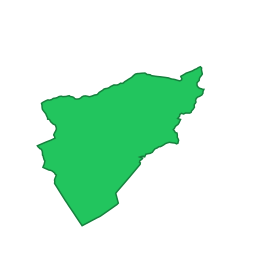 outline of Santana do Acaraú, Ceará, Brazil, rotated 241°
{"feature_id": "56859067B27753760045626", "entity_name": "Santana do Acaraú", "entity_type": "district", "adm_level": 2, "iso_a3": "BRA", "parent_name": "Brazil", "parent_adm1": "Ceará", "projection": "equal_earth", "projection_center": [-40.133, -3.498], "detail": "fine", "context": "isolated", "style": "filled", "palette": "green", "viewbox_px": 256, "rotation_deg": 241, "n_neighbors": 0, "source": "geoboundaries", "source_scale": "gbopen_adm2", "svg_char_len": 3094}
<svg xmlns="http://www.w3.org/2000/svg" viewBox="0 0 256 256"><g transform="rotate(241 128 128)"><path d="M191.5,64.3L189.6,63.8L188.4,63.2L187.3,62.7L185.8,62.2L184.0,62.4L182.1,62.7L180.3,63.0L178.9,62.8L177.5,62.7L175.9,62.6L174.7,62.0L173.9,63.1L172.8,63.5L171.0,63.4L169.5,63.9L167.7,64.5L166.0,65.8L164.4,65.7L163.1,65.4L161.7,64.8L160.5,63.3L159.2,61.2L157.9,59.6L156.4,59.7L154.5,59.2L154.8,54.3L155.5,49.2L156.4,40.1L155.2,40.2L154.1,40.6L152.7,40.9L151.7,41.7L150.5,41.9L148.8,41.6L146.9,40.7L145.8,40.1L144.6,40.2L143.4,39.8L142.1,39.5L140.8,39.2L139.5,39.4L138.3,38.3L136.8,37.0L135.8,35.6L134.8,34.5L129.5,38.5L128.6,39.7L127.1,40.9L125.6,41.5L124.4,42.0L123.0,41.9L121.6,42.5L120.5,41.2L119.2,39.6L118.1,38.5L116.7,38.0L115.1,36.9L94.9,38.0L91.9,38.3L88.6,38.5L79.7,39.3L76.7,39.5L70.5,40.0L64.8,40.5L64.5,57.2L64.3,60.3L64.4,62.2L66.4,81.1L67.0,83.1L76.8,85.6L77.8,87.8L82.0,99.2L84.9,106.9L90.3,120.9L91.5,121.9L92.5,121.4L93.7,122.6L93.9,124.9L94.6,126.3L95.7,125.2L96.9,124.2L96.5,126.3L95.9,127.8L94.7,128.6L96.4,130.9L96.0,132.4L95.6,133.7L95.1,135.0L95.0,137.5L96.0,139.6L96.7,141.5L96.4,144.1L96.7,145.8L96.0,147.3L95.9,149.1L96.0,151.5L96.2,153.4L95.9,155.2L95.4,157.3L94.5,158.4L93.5,159.7L92.1,161.7L90.6,162.8L90.5,164.3L91.7,165.3L92.6,166.2L93.6,166.5L96.0,166.6L97.9,167.7L99.8,168.4L101.1,167.2L102.7,167.2L104.6,166.8L105.3,168.6L106.2,169.8L106.7,171.3L106.9,173.4L107.8,175.1L109.1,176.8L110.0,178.1L112.2,176.0L113.3,178.8L114.8,180.0L114.9,181.9L113.3,183.4L113.2,185.6L112.2,187.3L111.1,189.3L111.1,190.8L112.2,192.0L112.8,194.0L114.0,196.2L115.4,196.7L116.6,197.6L117.0,198.9L117.7,200.0L119.4,200.5L120.7,201.9L121.3,203.8L121.0,206.0L121.1,208.6L122.1,210.4L123.6,211.3L125.0,213.1L125.6,212.1L126.8,211.1L128.2,209.7L130.3,209.0L131.8,209.0L132.9,209.6L134.1,210.3L134.6,211.7L135.0,213.2L136.6,214.4L137.4,215.4L138.5,218.0L139.2,219.2L140.5,219.6L142.2,220.1L143.6,220.6L144.8,221.5L146.5,221.0L146.7,218.6L146.5,216.8L146.8,214.7L146.7,212.1L147.0,210.2L147.4,207.6L147.8,205.5L147.7,204.0L147.6,201.5L147.6,199.2L146.3,199.0L145.1,199.1L144.1,198.2L144.1,196.1L146.3,193.8L147.2,193.0L148.3,191.8L149.0,190.8L149.9,189.7L151.1,188.6L152.1,187.8L154.1,185.2L157.1,181.1L158.7,178.8L160.0,177.0L160.8,176.0L162.3,174.0L163.8,173.2L164.9,171.7L165.7,170.4L166.8,170.1L167.8,169.5L168.8,167.5L169.5,166.0L170.2,164.3L171.0,162.7L171.6,160.6L171.2,158.2L170.6,156.2L170.4,154.3L170.4,152.5L170.2,149.8L170.1,147.4L169.6,145.8L169.9,144.4L170.8,143.2L170.6,141.1L170.8,139.5L171.6,138.0L172.5,136.5L172.6,134.6L172.7,132.8L172.4,130.9L172.7,129.1L173.4,127.3L173.7,125.8L173.3,124.1L173.2,121.8L173.1,120.0L172.5,118.5L172.2,117.0L173.1,114.6L173.3,112.6L173.7,110.7L174.1,109.3L175.1,108.3L176.6,106.5L177.4,104.8L177.6,103.0L177.2,101.4L177.2,99.4L178.1,97.2L179.3,95.7L181.1,95.3L182.5,94.1L183.5,92.8L184.7,92.3L185.2,90.8L185.5,89.4L186.1,88.1L187.0,86.2L188.2,85.0L188.9,83.0L188.9,80.8L189.3,79.1L190.1,77.0L189.9,74.9L190.4,72.8L191.4,71.6L191.6,70.0L191.7,67.7L191.7,65.8L191.5,64.3Z" fill="#22c55e" stroke="#15803d" stroke-width="1.5"/></g></svg>